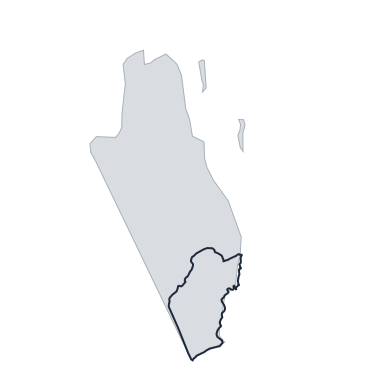 Belize, with Toledo highlighted, rotated 332°
{"feature_id": "BLZ-1356", "entity_name": "Toledo", "entity_type": "District", "adm_level": 1, "iso_a3": "BLZ", "parent_name": "Belize", "parent_adm1": "", "projection": "albers", "projection_center": [-88.761, 16.286], "detail": "fine", "context": "in_parent", "style": "outline", "palette": "slate", "viewbox_px": 384, "rotation_deg": 332, "n_neighbors": 0, "source": "natural_earth", "source_scale": "10m", "svg_char_len": 3357}
<svg xmlns="http://www.w3.org/2000/svg" viewBox="0 0 384 384"><g transform="rotate(332 192 192)"><path d="M121.4,119.3L121.3,109.3L124.5,101.5L133.6,98.2L145.3,105.1L150.2,107.9L154.6,106.3L160.2,102.1L167.0,89.9L184.1,64.9L191.0,47.1L197.7,43.5L207.4,42.9L215.7,44.0L209.9,57.0L215.8,58.7L221.0,57.5L233.8,57.9L238.7,72.1L237.5,84.1L225.5,115.7L224.0,126.6L218.6,142.8L226.1,153.5L219.1,167.7L216.8,176.8L216.3,190.7L219.8,216.9L214.3,254.8L204.3,271.3L198.1,277.6L187.0,294.1L172.4,299.0L152.1,325.4L148.5,332.4L150.4,339.9L145.7,340.0L126.2,338.7L113.1,340.1L112.6,339.4L113.7,310.9L115.5,266.9L116.8,234.6L118.1,203.0L119.0,179.3L120.3,147.1L121.4,119.3ZM253.5,106.6L248.3,108.7L252.6,102.1L253.2,97.9L259.1,80.2L263.4,80.3L264.5,81.8L253.5,106.6ZM264.4,164.1L256.1,180.1L255.5,175.5L259.0,163.7L263.7,159.5L266.6,155.1L267.3,149.9L271.4,152.4L270.4,157.5L264.4,164.1Z" fill="#d9dde1" stroke="#a8b0b8" stroke-width="1"/><path d="M113.6,340.9L112.7,339.4L112.8,338.0L113.0,332.5L115.9,306.0L117.6,282.3L118.8,280.4L119.4,279.6L120.0,279.1L120.7,278.2L121.0,277.7L121.2,277.2L121.3,276.6L121.4,276.4L121.7,275.9L122.2,275.3L122.7,275.0L126.6,273.4L128.0,273.3L128.4,273.2L129.2,272.9L131.1,272.7L131.8,272.3L132.7,271.7L134.9,269.5L135.6,268.7L135.9,268.5L136.4,268.7L136.8,269.0L137.1,269.3L137.9,270.1L138.2,270.3L138.7,270.3L139.3,270.2L143.6,268.5L144.1,268.2L143.9,267.2L144.0,266.8L144.5,266.1L144.9,265.6L145.5,265.2L146.8,264.7L147.4,264.5L148.0,264.6L148.6,264.4L149.6,263.8L152.6,261.6L153.3,261.1L154.2,260.9L154.7,260.7L156.5,259.3L158.7,257.0L159.0,255.8L158.9,255.2L158.5,253.3L158.6,252.8L158.8,252.3L160.0,250.8L160.7,250.1L161.0,249.9L161.8,249.4L163.7,249.3L166.8,248.3L175.1,248.1L177.6,248.4L179.2,248.7L183.0,250.9L183.6,251.4L183.9,251.9L184.2,252.9L184.5,253.3L184.5,253.8L184.5,254.3L184.1,255.3L184.1,255.9L184.6,256.5L185.9,258.0L186.3,258.6L186.6,259.1L186.9,259.5L187.2,260.0L187.4,260.5L187.7,260.9L188.1,261.8L188.3,262.3L188.4,262.8L188.3,263.2L188.2,263.9L188.0,265.8L188.0,266.1L188.0,266.6L187.7,267.1L187.5,267.4L187.3,267.9L188.0,268.1L192.5,268.8L193.1,268.7L193.5,268.6L197.8,268.9L198.2,268.9L199.4,268.9L200.0,269.0L200.5,269.1L202.8,268.7L203.9,268.8L204.3,268.9L204.6,269.8L205.9,270.3L206.3,271.1L204.2,272.7L202.0,277.2L199.9,278.2L199.7,278.8L199.5,281.5L199.5,282.1L198.9,282.5L198.3,282.5L198.0,282.3L198.0,282.1L197.3,282.6L197.0,282.8L196.9,283.1L196.5,283.6L195.1,287.1L194.6,287.6L193.8,288.1L190.9,291.9L190.6,292.5L190.1,294.1L189.8,294.6L189.7,294.9L189.9,295.9L189.8,296.2L189.5,296.3L188.6,296.2L188.3,296.2L187.8,296.5L186.5,296.8L186.0,297.1L185.7,297.6L185.2,299.4L185.2,294.6L184.5,294.6L183.7,297.1L182.2,297.5L180.7,296.5L180.0,295.0L179.5,294.4L178.6,294.3L177.7,294.5L177.3,294.6L177.2,295.0L177.2,297.0L176.9,297.8L176.1,298.1L172.4,298.6L171.8,299.0L171.2,299.6L170.4,300.0L169.0,300.2L167.4,301.0L167.0,302.8L167.2,307.2L166.8,309.6L165.8,311.3L164.2,312.4L162.3,312.8L161.7,313.1L161.1,313.8L160.5,314.7L160.0,316.7L159.4,317.3L158.4,317.6L157.4,318.2L156.1,319.3L155.6,319.9L155.1,320.6L154.8,321.9L154.9,323.1L154.6,324.1L151.7,325.0L149.8,326.1L148.0,327.6L146.8,329.2L146.4,332.0L148.7,336.8L148.3,339.5L144.1,341.1L134.3,338.6L130.8,338.6L127.6,339.1L119.2,338.7L117.2,339.6L116.2,339.6L114.9,340.1L113.9,340.6L113.6,340.9Z" fill="none" stroke="#1e293b" stroke-width="2"/></g></svg>